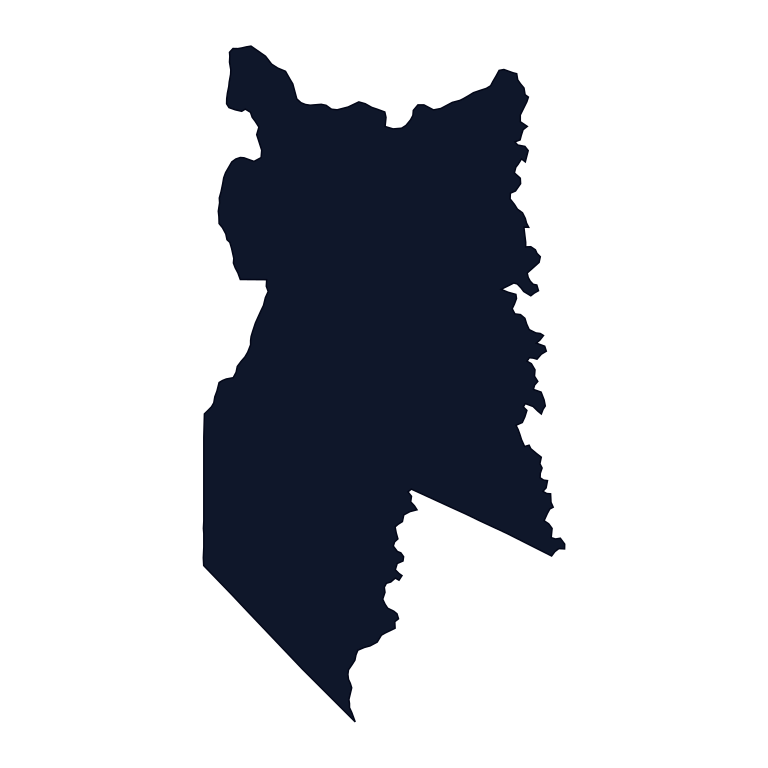 the district of Assis Chateaubriand, Paraná, Brazil
{"feature_id": "56859067B81023332218751", "entity_name": "Assis Chateaubriand", "entity_type": "district", "adm_level": 2, "iso_a3": "BRA", "parent_name": "Brazil", "parent_adm1": "Paraná", "projection": "mercator", "projection_center": [-53.556, -24.444], "detail": "fine", "context": "isolated", "style": "filled", "palette": "ink", "viewbox_px": 768, "rotation_deg": 0, "n_neighbors": 0, "source": "geoboundaries", "source_scale": "gbopen_adm2", "svg_char_len": 4017}
<svg xmlns="http://www.w3.org/2000/svg" viewBox="0 0 768 768"><path d="M499.1,70.4L496.3,75.6L492.8,81.6L490.6,85.8L486.3,88.4L480.1,90.4L473.4,92.7L468.7,95.6L463.3,98.7L459.9,100.4L452.3,102.4L440.8,108.5L433.5,109.9L424.0,104.9L417.9,104.9L413.3,110.4L412.9,115.4L410.5,119.9L406.0,125.4L401.6,128.2L393.1,128.9L385.1,126.5L386.0,117.4L384.8,112.0L377.5,109.3L371.8,107.4L365.2,103.7L358.8,101.9L348.1,107.0L337.2,109.8L331.5,109.2L326.1,105.3L321.2,104.3L310.2,105.2L305.5,104.5L301.0,102.7L296.8,98.9L292.8,83.9L289.8,78.9L285.5,71.3L277.6,68.0L271.6,64.1L265.5,56.2L251.0,46.1L246.2,46.9L242.0,47.9L237.9,48.6L233.0,48.5L229.5,52.3L229.8,56.3L229.5,62.1L230.8,69.8L230.6,74.3L229.2,82.1L228.8,86.3L227.4,93.2L226.7,98.7L226.6,103.8L229.0,107.6L235.2,109.8L241.7,111.3L245.3,109.1L250.5,112.3L252.2,117.3L255.2,121.3L258.9,127.1L256.7,134.7L258.5,140.2L261.7,150.2L261.1,157.6L254.0,161.4L244.0,157.8L240.3,157.5L235.8,159.0L231.8,161.9L225.6,172.6L223.7,177.8L222.7,183.7L221.0,191.9L219.3,198.0L219.6,202.8L218.3,211.2L218.9,216.7L219.1,223.6L222.4,227.6L225.8,233.9L227.0,239.7L229.8,242.3L231.6,248.4L233.8,258.4L233.4,263.0L235.2,267.8L237.9,272.9L240.3,279.5L266.7,279.7L266.3,286.3L268.2,291.5L265.4,297.6L263.5,305.4L261.1,310.4L258.5,316.1L255.4,323.0L252.6,331.5L251.1,336.5L250.6,340.5L250.6,344.8L247.7,352.2L244.9,357.0L241.3,361.1L237.3,366.4L236.1,372.3L233.2,377.7L226.2,379.0L222.5,380.5L219.1,382.5L216.9,391.2L214.8,396.8L213.8,402.8L211.5,406.8L208.0,410.4L204.4,413.9L203.8,437.5L203.8,459.9L203.8,521.0L203.4,528.4L203.8,533.6L203.8,547.1L203.3,557.8L203.7,565.6L232.4,595.3L248.4,612.3L302.3,669.0L355.2,721.9L351.8,712.6L349.5,707.6L349.5,703.5L348.9,699.5L351.7,687.8L350.3,683.3L348.5,679.4L347.9,674.4L348.5,669.8L352.1,664.6L354.9,660.2L356.0,654.8L357.9,650.2L364.5,647.4L370.1,645.9L377.2,642.1L381.4,635.2L385.2,633.0L395.1,628.2L394.8,621.7L398.5,618.8L397.0,613.8L393.8,611.2L387.7,608.2L385.1,604.3L382.7,599.2L385.0,592.3L384.3,587.3L386.4,583.3L390.8,582.0L395.3,578.1L399.0,580.2L402.0,575.6L399.0,573.5L395.3,569.8L397.2,563.5L403.0,561.0L403.6,556.7L400.8,552.8L397.4,551.5L393.3,546.1L394.6,541.9L397.9,538.9L396.2,532.8L395.1,526.9L398.1,524.3L402.4,521.6L403.8,514.9L410.0,511.6L417.0,509.8L414.5,505.9L410.7,501.8L411.5,496.3L408.0,491.9L411.3,489.1L449.2,506.5L465.7,514.0L479.5,520.7L506.8,533.4L551.6,556.0L554.8,551.7L558.8,548.6L564.6,548.9L564.7,544.1L560.3,538.2L555.5,539.0L551.2,537.6L552.1,528.4L548.7,523.8L544.1,520.7L547.4,513.4L549.8,509.0L553.2,507.2L551.0,502.3L550.8,497.9L550.6,493.8L546.7,493.5L542.9,491.3L546.1,487.9L547.5,480.6L543.6,480.1L540.1,477.7L540.3,473.3L542.1,468.0L539.9,463.7L541.3,457.2L536.5,453.5L530.8,448.7L529.1,445.2L524.6,446.5L521.5,439.6L519.9,434.5L518.1,429.5L516.0,425.3L522.3,422.5L524.9,416.8L526.9,410.4L523.3,406.9L525.3,403.6L533.1,406.5L537.7,411.0L541.3,414.0L543.1,409.3L545.3,406.0L544.1,399.9L541.1,392.1L533.4,389.4L534.6,385.1L537.8,381.4L534.5,376.2L535.0,369.8L531.4,363.7L527.0,361.2L529.4,357.7L533.2,358.1L537.0,359.2L541.3,354.2L546.3,351.2L544.7,346.2L536.3,343.1L539.9,340.1L543.5,335.5L540.3,333.5L535.8,332.9L529.2,329.6L526.7,324.1L524.9,318.3L520.5,314.6L514.9,313.9L512.2,308.7L514.4,304.1L516.5,298.5L515.9,294.4L508.0,292.2L501.1,289.3L509.1,285.4L513.8,283.0L517.3,284.0L521.1,288.0L523.7,291.5L530.8,295.8L534.4,293.0L538.5,290.7L536.8,285.0L533.2,284.3L530.2,281.1L528.2,277.4L527.2,273.0L534.1,266.9L539.1,262.4L540.3,256.7L537.0,253.4L535.4,249.8L530.8,246.7L525.7,246.9L525.7,242.3L525.0,236.5L523.9,227.2L528.7,227.3L526.5,223.0L525.3,218.4L522.5,212.8L517.4,209.1L514.5,204.5L510.1,198.9L510.4,193.2L515.5,191.0L520.6,183.7L520.3,178.2L514.4,172.9L515.8,167.3L518.1,164.3L521.5,158.9L525.3,161.9L528.2,150.6L524.9,146.4L517.7,145.0L514.9,141.9L520.1,139.9L521.3,135.3L523.1,129.7L527.3,126.4L520.3,121.7L520.3,115.0L526.9,101.7L528.4,97.1L525.1,94.7L524.0,88.0L520.5,83.8L517.7,79.8L516.7,73.7L513.1,72.8L503.9,69.5L499.1,70.4Z" fill="#0f172a" stroke="#020617" stroke-width="1.5"/></svg>